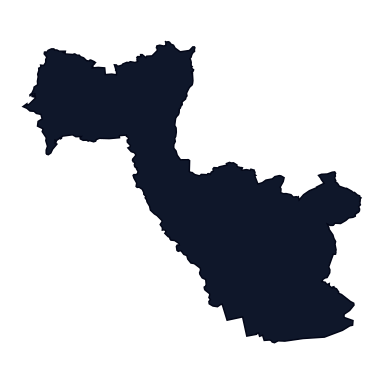 outline of Voinesti, Dâmbovita, Romania
{"feature_id": "2599482B44147750772273", "entity_name": "Voinesti", "entity_type": "district", "adm_level": 2, "iso_a3": "ROU", "parent_name": "Romania", "parent_adm1": "Dâmbovita", "projection": "natural_earth1", "projection_center": [25.247, 45.074], "detail": "fine", "context": "isolated", "style": "filled", "palette": "ink", "viewbox_px": 384, "rotation_deg": 0, "n_neighbors": 0, "source": "geoboundaries", "source_scale": "gbopen_adm2", "svg_char_len": 5873}
<svg xmlns="http://www.w3.org/2000/svg" viewBox="0 0 384 384"><path d="M352.6,325.2L353.0,320.6L344.5,317.6L343.9,316.4L344.2,314.2L349.7,310.4L354.0,305.1L353.7,303.2L350.4,301.5L341.5,294.5L338.5,293.3L338.7,292.0L337.7,290.6L336.5,288.8L334.3,287.8L333.9,286.7L332.7,287.0L332.8,287.7L332.2,288.1L329.2,285.7L329.3,283.6L327.6,284.4L326.3,283.9L325.3,282.3L321.9,281.6L322.9,279.4L324.9,278.0L327.1,277.5L329.7,272.8L329.9,269.8L328.7,266.9L333.2,254.3L335.5,254.2L335.9,252.3L335.7,250.8L336.1,250.0L335.0,244.3L335.6,241.5L333.9,238.4L332.9,234.9L328.9,229.1L329.1,228.3L327.3,224.0L330.1,225.4L332.4,225.4L333.4,225.2L334.9,223.2L340.6,223.5L345.9,220.4L348.7,217.9L352.9,217.3L355.3,216.2L355.1,214.2L356.9,213.3L357.1,212.2L358.3,212.4L359.4,210.9L359.6,209.0L358.6,206.7L360.4,204.8L359.8,203.1L360.1,201.5L359.7,201.2L360.3,200.2L360.2,199.0L361.0,197.9L360.1,197.5L359.6,195.8L357.4,195.0L354.5,192.4L352.9,192.4L351.8,191.2L346.6,188.3L345.5,188.4L339.3,186.2L337.4,183.2L335.2,181.9L335.8,180.8L334.8,178.5L334.8,176.9L335.4,176.2L335.1,174.5L335.6,173.3L334.7,171.9L332.2,172.2L327.3,174.0L321.4,174.3L318.5,175.4L321.6,179.3L321.3,179.5L324.1,183.3L316.7,187.0L317.0,187.4L316.4,187.8L309.4,190.7L303.6,194.7L299.1,200.0L298.3,196.7L297.2,197.2L296.4,196.7L293.3,197.1L291.0,194.7L286.2,193.6L283.4,193.7L280.7,192.7L281.0,188.9L280.1,187.2L283.2,181.6L284.1,177.7L281.0,175.9L279.4,175.6L274.9,176.6L272.3,178.9L265.9,180.1L262.3,182.7L257.9,184.0L254.7,175.8L255.8,175.4L254.7,174.4L255.0,172.4L254.2,170.7L253.7,170.7L254.0,170.1L250.9,169.2L250.3,170.4L246.3,169.6L242.1,170.3L241.5,170.0L242.4,167.8L241.7,167.6L241.3,168.2L240.5,168.2L240.8,167.6L237.8,166.9L236.8,166.2L237.0,165.0L233.5,162.8L231.4,163.0L229.5,162.4L226.4,163.6L226.9,165.1L219.0,166.9L218.3,167.9L214.0,167.6L213.0,168.8L213.3,171.4L211.4,172.0L210.2,174.5L209.1,173.6L207.8,173.7L207.1,174.7L201.2,174.4L200.2,175.6L198.9,175.7L194.8,174.6L192.1,172.5L190.4,172.4L189.3,171.3L189.6,160.6L188.4,159.7L180.5,159.8L177.2,155.2L176.0,150.9L174.0,148.5L173.7,147.2L173.9,144.3L175.3,141.5L174.7,138.3L175.7,136.5L176.3,132.1L176.1,127.9L174.7,125.4L175.6,118.4L176.6,116.6L178.4,114.7L179.1,112.8L179.3,109.1L180.3,108.1L181.2,105.2L181.4,105.6L182.2,104.7L182.1,102.8L181.4,102.8L181.5,102.4L185.5,99.1L186.1,96.9L187.0,95.9L186.5,93.5L187.0,92.1L189.4,87.4L192.2,84.8L192.6,83.2L192.9,80.7L192.5,74.4L192.1,73.8L192.5,73.2L191.8,72.9L192.1,72.4L191.5,72.0L193.2,71.1L193.6,69.8L191.9,68.5L191.4,67.3L192.2,66.7L191.1,65.5L191.2,62.2L190.6,59.9L189.8,58.8L191.1,57.2L191.8,54.6L193.2,52.3L194.5,51.5L194.4,49.5L194.9,47.7L194.4,46.9L192.8,46.9L189.4,50.5L180.2,51.8L175.1,48.1L173.5,45.2L171.0,44.2L169.5,42.2L168.2,41.7L166.5,42.1L165.1,41.3L165.9,42.5L165.8,45.5L163.7,46.0L159.7,45.2L156.9,45.9L156.4,47.8L157.2,48.6L157.2,50.7L152.0,55.9L146.7,56.2L145.9,57.7L142.2,54.6L140.6,54.6L140.6,55.2L141.4,55.2L141.1,56.7L137.6,56.6L137.0,57.3L137.5,57.6L137.0,58.0L137.4,59.2L137.0,59.5L137.2,60.8L137.8,61.2L136.9,61.9L135.0,62.5L130.3,61.7L128.1,62.8L127.0,62.3L122.8,64.0L122.0,65.1L118.9,66.1L117.2,66.1L116.5,65.0L114.4,64.8L115.9,69.7L115.6,70.1L116.5,71.7L116.5,74.8L111.7,74.1L105.3,74.6L104.7,67.9L98.2,67.4L92.3,67.9L92.9,66.7L92.1,66.2L94.8,63.5L94.2,62.9L95.0,62.5L93.9,62.1L94.3,61.7L90.7,60.0L89.9,60.1L89.2,61.0L86.6,60.7L83.6,57.8L80.5,56.7L79.3,55.2L76.8,55.2L75.2,54.1L74.2,53.9L73.1,54.5L65.5,54.0L65.1,53.2L62.1,52.0L65.2,52.2L65.4,51.2L59.2,51.2L56.9,50.0L54.5,49.9L53.9,48.9L51.4,48.9L48.2,50.3L46.0,53.0L45.4,52.0L44.5,52.1L44.2,53.9L46.8,57.1L45.7,59.5L45.7,62.5L43.7,65.5L40.6,65.1L40.9,66.6L39.9,67.8L38.7,68.2L38.9,70.4L37.7,74.2L38.2,76.8L37.4,81.2L37.7,84.7L34.1,87.1L33.8,89.1L32.0,93.0L29.9,94.9L30.0,95.7L34.3,93.5L34.9,93.9L34.5,94.2L35.0,95.3L32.7,95.7L32.2,96.5L34.4,97.0L35.2,96.3L35.6,97.9L28.7,104.7L27.9,104.5L26.8,105.2L26.8,103.8L23.0,106.6L26.9,108.3L30.0,111.0L34.1,111.3L36.3,113.4L40.9,114.4L42.2,118.9L38.1,121.4L37.5,126.1L42.5,128.5L43.0,129.3L42.2,131.6L46.3,137.8L45.8,140.7L47.5,146.3L46.2,150.0L46.2,153.3L46.7,154.2L48.3,154.7L50.8,153.0L52.6,149.2L56.9,144.1L55.0,143.0L55.9,142.6L56.2,141.5L54.8,140.8L54.9,140.0L56.3,140.7L59.3,138.4L60.4,138.9L61.1,138.5L60.7,137.9L61.5,137.9L61.6,137.0L62.7,136.1L72.5,134.8L75.9,136.7L81.3,136.5L80.1,137.9L80.3,138.9L83.1,140.3L86.7,140.2L88.2,141.1L89.6,140.6L93.6,141.8L95.6,141.2L96.3,139.6L99.4,138.3L109.3,138.6L119.5,137.7L119.3,136.0L119.6,135.6L126.4,135.1L126.5,136.4L127.6,136.8L128.6,138.6L128.4,139.5L127.2,140.1L127.3,142.1L130.4,145.5L130.2,146.7L127.9,147.9L131.2,151.6L134.4,152.7L135.8,154.7L135.4,155.9L132.7,159.1L132.5,160.4L133.3,161.9L134.6,162.3L134.8,163.7L134.3,164.7L134.6,166.2L135.1,167.1L136.9,167.9L136.4,168.6L138.1,171.6L137.5,173.6L136.2,174.6L133.9,174.6L133.1,175.4L134.0,178.2L136.7,183.0L136.1,186.5L137.2,187.4L139.2,187.2L142.3,189.3L143.8,192.6L143.8,194.3L145.9,196.4L145.2,197.6L145.4,198.3L146.6,199.7L147.0,201.8L149.6,206.2L150.4,210.1L154.4,213.9L157.0,215.5L162.2,220.8L162.0,221.7L160.2,224.6L162.4,227.6L162.3,230.1L164.2,229.8L165.4,230.5L165.9,231.9L164.8,233.3L168.1,236.6L169.7,237.4L170.0,238.9L170.9,240.1L174.7,240.5L179.1,243.6L179.3,244.9L177.2,245.1L176.4,246.5L177.0,250.4L178.2,251.3L180.2,250.7L181.3,251.0L183.8,254.4L186.8,255.5L187.8,259.1L190.9,263.0L194.3,263.6L200.1,268.0L200.6,269.9L199.6,272.8L199.9,274.3L202.2,277.9L205.5,279.4L205.8,280.3L206.2,284.6L205.5,286.3L204.2,287.1L204.5,289.0L205.0,290.0L209.5,293.6L209.8,294.8L208.9,297.6L210.4,299.6L208.9,301.5L209.2,303.8L212.9,306.0L217.5,306.7L220.4,304.6L222.2,304.2L227.1,320.2L242.6,316.9L246.8,336.1L256.5,334.3L256.3,333.6L258.6,332.9L259.6,336.3L262.6,335.2L264.2,340.4L269.5,340.0L271.2,340.6L272.2,342.0L274.5,342.7L278.1,340.8L284.9,341.1L303.0,338.5L324.5,337.1L342.5,330.3L349.8,325.8L352.6,325.2Z" fill="#0f172a" stroke="#020617" stroke-width="1.5"/></svg>